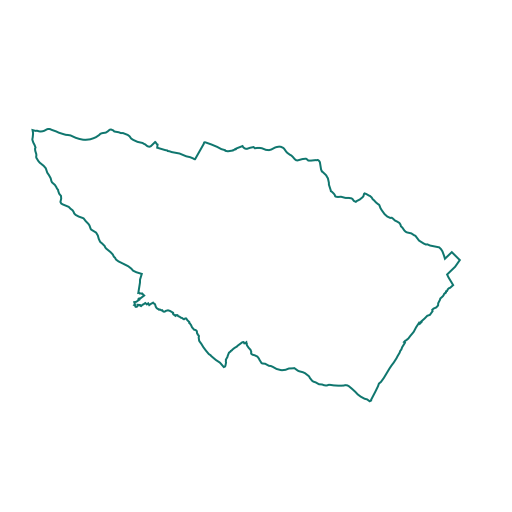 Plopana, Bacau, Romania, rotated 350°
{"feature_id": "2599482B77085245724303", "entity_name": "Plopana", "entity_type": "district", "adm_level": 2, "iso_a3": "ROU", "parent_name": "Romania", "parent_adm1": "Bacau", "projection": "albers", "projection_center": [27.232, 46.669], "detail": "fine", "context": "isolated", "style": "outline", "palette": "teal", "viewbox_px": 512, "rotation_deg": 350, "n_neighbors": 0, "source": "geoboundaries", "source_scale": "gbopen_adm2", "svg_char_len": 6085}
<svg xmlns="http://www.w3.org/2000/svg" viewBox="0 0 512 512"><g transform="rotate(350 256 256)"><path d="M412.9,260.7L408.8,259.0L407.6,258.1L406.5,256.6L405.1,253.5L403.9,251.9L403.7,250.1L402.9,248.3L400.7,246.4L399.0,245.2L397.3,242.9L396.3,241.9L394.8,241.8L392.1,239.9L389.9,237.1L387.8,232.8L386.9,230.5L386.3,227.4L386.0,226.8L385.0,225.9L383.4,224.0L381.8,221.5L380.8,220.4L380.1,218.5L378.7,216.7L377.6,216.0L375.5,214.2L373.8,213.2L373.2,213.6L372.2,215.7L371.2,216.6L368.0,218.4L364.9,219.3L363.7,220.0L361.9,218.7L360.9,216.6L360.0,215.8L357.7,215.0L354.1,214.3L350.0,212.4L346.9,212.1L345.1,211.5L344.4,211.0L344.1,209.4L343.5,208.2L341.9,205.9L341.0,205.2L341.0,204.2L340.2,198.4L340.5,196.5L340.3,192.0L339.4,189.7L339.3,189.1L338.7,188.1L336.1,184.6L335.5,184.2L335.5,183.4L335.1,182.3L335.2,174.8L334.9,173.9L334.4,173.0L333.7,172.3L333.3,172.1L332.4,172.2L331.2,171.9L326.7,171.6L324.1,171.1L322.5,169.1L321.8,168.8L318.5,168.6L313.4,169.1L312.1,168.6L311.0,167.4L309.4,164.7L308.2,163.1L307.1,162.3L304.7,159.8L303.8,158.4L302.3,155.2L301.5,154.2L299.5,152.8L297.8,152.3L295.0,152.3L293.6,152.5L289.5,153.8L287.2,154.0L284.2,153.2L280.5,150.9L278.7,150.3L276.1,149.8L273.6,149.7L272.5,148.3L268.9,148.4L265.7,148.9L264.6,148.6L264.0,148.4L262.7,147.2L262.0,146.1L261.8,145.4L256.2,146.5L254.3,147.0L254.4,147.4L251.8,147.8L251.6,148.1L246.5,148.0L244.1,147.1L243.9,146.4L240.4,144.7L236.7,141.8L231.4,138.4L225.9,135.3L225.2,135.1L224.7,135.2L224.2,136.0L224.1,136.4L212.8,150.1L212.2,150.0L210.9,148.9L208.2,147.2L204.6,145.7L198.5,141.8L191.0,139.0L189.1,137.9L187.3,137.3L187.0,136.7L184.9,135.9L177.5,132.2L178.4,129.2L178.0,129.0L176.8,126.5L176.5,126.2L171.5,129.6L170.1,129.9L168.8,129.4L167.9,128.8L166.2,126.8L165.1,126.1L163.9,125.0L159.1,123.0L155.2,120.3L153.4,118.6L152.3,116.2L150.7,114.5L146.3,111.8L144.3,111.5L142.3,110.3L138.4,108.9L137.9,108.6L137.3,107.6L135.3,106.3L134.8,106.2L133.7,106.3L131.7,107.5L129.5,108.4L125.9,108.3L124.0,108.6L122.6,109.6L119.0,111.2L116.4,111.8L112.9,112.3L108.5,112.0L106.0,111.5L102.3,110.0L99.0,108.3L94.2,105.0L91.6,104.1L89.9,103.7L88.2,102.9L83.2,100.3L80.8,98.6L76.7,96.3L75.1,95.2L73.3,94.8L72.2,94.9L69.2,95.9L67.5,96.1L65.5,96.0L64.1,95.6L62.1,94.6L60.6,94.5L57.8,93.2L57.8,96.0L57.6,97.2L56.7,100.4L56.0,102.2L56.0,103.2L56.4,105.7L57.2,108.2L57.7,110.9L57.0,112.0L56.9,113.3L56.9,114.4L57.3,117.4L57.2,118.7L56.8,119.9L56.7,121.0L58.1,124.6L59.2,126.5L62.6,130.4L64.2,133.1L64.9,137.7L66.1,140.3L67.3,143.8L67.5,146.6L67.9,148.1L70.3,151.1L71.3,153.5L71.7,155.0L72.6,156.6L72.5,157.5L73.0,160.5L74.4,163.0L74.1,165.7L72.8,168.8L73.3,170.5L74.6,171.6L80.1,175.1L81.6,177.3L83.2,179.0L83.9,180.5L84.4,182.6L85.5,184.2L88.3,186.4L92.0,188.5L92.8,189.1L94.3,192.0L96.6,195.4L97.3,197.0L97.9,200.6L98.3,201.4L102.6,205.2L103.8,208.4L104.1,211.7L104.8,214.4L105.1,215.2L106.6,216.9L108.7,219.9L109.0,221.3L109.7,222.6L113.4,226.9L115.2,229.6L115.9,232.0L116.9,233.3L117.4,234.9L117.7,235.4L119.6,237.4L128.5,244.0L131.0,246.8L132.4,249.1L135.3,251.2L140.4,253.8L137.7,259.1L137.1,262.1L133.7,271.9L134.5,271.9L134.9,272.7L136.0,272.8L136.8,273.3L137.3,273.1L139.0,275.5L134.9,277.6L133.5,277.5L132.8,278.0L133.4,278.8L130.2,280.3L128.1,280.3L128.4,282.6L127.5,283.2L128.3,283.9L128.6,285.1L129.8,285.3L130.9,284.5L130.9,283.5L133.2,284.1L133.2,284.7L134.1,285.4L135.9,284.2L136.5,284.2L138.8,283.1L140.1,284.7L141.6,283.9L142.3,285.8L143.9,285.0L146.5,284.1L146.8,284.8L147.8,285.4L148.2,286.3L148.5,288.6L149.2,290.2L150.3,291.2L151.0,291.5L151.2,292.1L152.4,292.2L153.5,293.2L154.2,293.1L154.9,294.4L155.7,294.9L156.6,294.9L157.6,294.4L159.9,294.2L161.8,295.2L164.4,297.4L164.2,297.7L164.5,298.3L164.3,298.6L164.7,299.4L165.6,300.1L165.7,300.4L166.4,301.0L166.9,300.3L168.4,300.6L168.6,301.2L169.1,301.9L170.1,302.4L171.3,303.7L172.4,304.2L173.6,305.5L174.1,305.8L175.5,305.2L176.4,305.4L177.3,307.4L178.8,309.4L178.6,310.3L179.3,311.0L179.6,312.0L180.0,312.6L180.6,315.1L182.3,317.9L183.7,318.4L184.7,319.8L184.5,321.7L184.9,322.3L184.9,323.2L185.8,324.4L185.8,325.3L185.4,326.3L185.3,329.6L185.7,330.6L186.9,333.0L188.3,336.6L190.2,340.4L192.5,344.4L194.1,345.9L194.4,346.6L198.4,351.4L202.0,354.8L205.0,359.8L206.4,359.4L206.9,358.5L208.0,355.7L208.0,354.3L208.3,353.6L208.3,352.9L210.4,350.4L210.8,349.4L212.6,346.5L214.4,345.6L214.7,345.1L215.9,344.7L216.5,344.1L218.9,342.8L221.6,341.8L222.1,341.3L227.5,338.6L228.8,338.6L229.3,340.0L230.0,340.1L231.5,339.3L231.5,340.2L231.7,340.8L231.5,341.0L231.6,342.4L232.8,345.1L234.3,347.4L234.7,349.5L234.4,350.5L234.3,351.3L234.8,352.0L235.6,352.7L237.4,353.5L239.9,355.3L241.1,357.6L241.3,358.6L242.9,362.5L243.8,363.0L246.3,363.7L249.7,366.4L251.5,366.9L253.3,368.1L256.6,370.8L260.5,372.6L261.8,373.0L265.4,373.2L268.8,372.5L273.4,373.1L274.1,373.0L274.7,373.5L277.3,376.2L278.5,377.0L282.0,378.6L283.9,379.9L286.9,383.2L287.4,383.9L287.9,385.5L289.6,388.6L290.7,389.7L292.8,390.8L295.7,393.2L299.0,394.1L300.2,394.9L302.1,395.6L303.5,395.8L305.1,395.5L306.4,395.7L310.0,396.9L315.0,398.1L319.5,398.8L321.5,398.7L323.3,399.2L324.7,400.2L327.5,403.5L330.2,407.0L332.1,409.9L334.6,412.6L338.1,415.4L340.5,416.5L342.7,418.8L344.3,418.3L344.4,417.6L349.7,410.7L353.5,405.5L354.9,403.0L357.2,401.7L360.7,398.3L368.0,389.9L370.6,387.2L373.1,384.9L376.6,381.1L377.8,379.5L380.7,376.1L381.5,374.6L382.9,373.3L384.1,371.2L387.7,367.2L387.6,366.9L386.9,366.4L388.4,365.3L389.6,365.0L390.5,364.3L391.5,363.9L394.3,361.3L396.6,359.4L398.2,358.0L401.3,354.0L405.0,350.1L405.5,351.2L407.6,349.7L407.3,349.2L411.1,346.9L414.3,344.6L417.0,344.2L420.3,341.0L420.2,339.6L421.8,338.6L424.5,338.0L426.5,336.5L426.8,336.1L427.2,334.2L429.7,330.9L430.1,329.9L433.0,328.1L434.1,327.0L434.6,326.1L435.9,325.2L436.2,325.4L436.8,324.8L437.0,323.8L438.1,323.6L439.1,322.1L440.5,321.2L441.5,321.1L445.1,318.9L441.8,310.3L441.0,307.4L450.2,301.2L456.0,295.4L449.5,286.2L441.6,291.5L441.2,288.2L440.4,283.8L439.4,281.4L437.9,279.3L429.2,275.9L426.8,274.3L425.3,274.2L423.4,272.9L419.2,269.1L416.5,263.8L415.3,263.0L412.9,260.7Z" fill="none" stroke="#0f766e" stroke-width="2"/></g></svg>